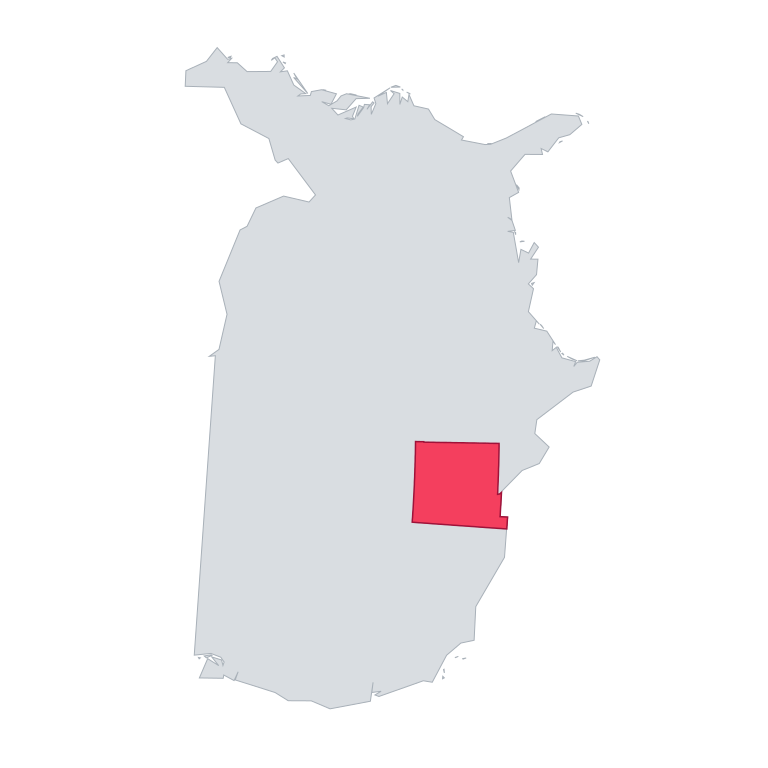 United States of America, with New Mexico highlighted, rotated 273°
{"feature_id": "USA-3524", "entity_name": "New Mexico", "entity_type": "State", "adm_level": 1, "iso_a3": "USA", "parent_name": "United States of America", "parent_adm1": "", "projection": "orthographic", "projection_center": [-107.139, 34.164], "detail": "fine", "context": "in_parent", "style": "filled", "palette": "rose", "viewbox_px": 768, "rotation_deg": 273, "n_neighbors": 0, "source": "natural_earth", "source_scale": "10m", "svg_char_len": 6833}
<svg xmlns="http://www.w3.org/2000/svg" viewBox="0 0 768 768"><g transform="rotate(273 384 384)"><path d="M636.3,227.5L671.9,209.0L670.9,169.9L686.5,169.8L696.9,189.8L711.2,199.8L700.1,210.8L701.2,214.8L696.7,211.1L697.1,220.7L688.8,230.9L690.2,254.5L700.2,260.8L704.0,257.9L701.3,254.5L703.3,255.8L705.6,260.0L694.5,268.0L690.3,264.2L691.7,271.1L677.8,278.3L669.9,290.7L669.3,285.6L667.1,282.9L668.3,295.3L672.2,296.2L674.6,306.2L671.3,321.3L660.6,316.4L662.7,307.0L659.0,314.3L664.2,322.2L669.4,326.0L671.9,331.4L668.6,355.0L667.5,341.2L655.8,331.9L656.6,317.4L650.2,323.9L659.1,341.7L649.7,338.5L647.3,340.0L647.8,333.3L647.1,331.6L646.0,337.0L647.1,341.0L661.0,344.5L659.5,348.7L652.3,343.9L649.9,343.4L658.9,349.2L662.2,349.8L662.1,355.1L657.4,352.6L665.2,357.9L664.1,359.4L660.3,356.6L652.6,357.2L663.6,361.2L669.1,359.1L680.1,374.6L671.1,362.9L675.3,371.1L664.1,372.8L674.4,378.9L677.4,375.1L675.0,384.6L664.0,385.2L671.5,387.2L667.2,393.0L674.4,393.8L663.4,399.3L660.9,414.0L650.7,420.9L635.1,450.4L631.7,448.6L628.4,472.3L628.9,477.8L636.0,493.2L662.4,537.0L661.8,564.1L653.6,568.0L642.7,556.5L639.0,545.6L624.4,535.5L627.4,528.6L621.5,530.3L620.7,512.8L603.3,499.3L582.4,508.4L576.7,499.4L554.9,503.1L557.0,498.8L553.9,503.3L544.3,507.1L542.9,499.5L542.2,505.2L512.2,512.1L525.6,513.7L522.3,521.5L533.1,526.6L528.7,531.1L516.4,523.9L516.7,531.2L501.2,530.6L491.5,522.9L487.0,528.3L463.8,524.4L451.9,536.0L455.0,532.8L447.6,531.2L445.3,543.8L432.3,553.2L435.3,550.5L426.1,550.2L429.6,554.1L419.4,560.3L416.4,574.2L411.4,572.6L415.8,575.8L417.5,588.2L422.4,595.3L419.4,598.2L392.8,591.0L385.8,573.2L356.4,538.5L342.4,537.2L329.7,552.2L312.7,543.2L304.9,526.5L282.8,507.0L257.7,506.8L257.6,514.3L217.2,513.4L166.5,487.3L132.8,487.4L129.3,474.3L116.4,460.7L88.7,447.8L89.7,438.8L71.7,395.3L73.0,391.2L77.0,397.2L75.3,388.0L85.5,388.7L66.5,387.0L56.8,347.1L63.8,327.9L62.7,304.9L70.2,291.4L80.7,250.9L89.0,253.4L80.0,249.8L85.0,239.2L81.7,238.8L80.8,215.0L100.5,222.3L94.1,233.7L102.5,226.2L99.9,236.2L94.5,237.9L98.0,238.9L102.6,235.3L105.9,225.3L103.3,208.7L403.4,214.1L402.5,208.1L409.9,217.4L445.4,223.6L477.9,213.9L530.3,232.2L534.3,239.0L553.1,246.9L566.4,273.9L561.8,299.6L569.2,305.7L604.1,276.6L599.1,266.5L601.9,263.6L623.1,256.2L636.3,227.5ZM684.0,281.2L689.8,277.6L670.1,292.7L685.4,277.7L684.0,281.2ZM103.0,218.7L104.5,225.5L104.1,226.4L101.2,221.0L103.0,218.7ZM421.8,593.2L417.6,582.6L417.3,576.4L418.3,582.8L421.8,593.2ZM701.9,210.9L703.3,214.1L702.0,213.8L701.9,210.9ZM492.2,526.1L493.1,528.6L490.4,526.9L492.2,526.1ZM98.6,459.4L102.0,458.4L102.3,458.9L98.6,459.4ZM95.2,458.0L93.7,459.6L92.7,457.9L95.2,458.0ZM700.3,266.2L699.5,268.9L698.8,268.6L700.3,266.2ZM418.8,570.5L417.3,575.6L421.2,565.5L418.8,570.5ZM654.4,522.4L659.4,531.1L653.6,521.7L654.4,522.4ZM114.7,469.6L115.9,472.5L114.5,469.8L114.7,469.6ZM663.5,565.1L661.4,568.9L664.5,561.3L663.5,565.1ZM682.8,380.2L681.4,384.8L680.7,375.3L682.8,380.2ZM101.2,213.0L100.9,214.9L99.9,213.8L101.2,213.0ZM429.9,556.0L425.1,558.8L430.0,555.3L429.9,556.0ZM706.5,264.7L707.4,267.0L705.3,267.2L706.5,264.7ZM113.9,477.0L114.7,480.4L113.4,477.3L113.9,477.0ZM424.1,560.8L422.2,562.2L423.8,560.1L424.1,560.8ZM672.1,335.6L671.1,341.4L671.9,333.6L672.1,335.6ZM450.7,538.3L447.7,540.6L451.9,536.7L450.7,538.3ZM629.5,474.7L629.8,478.8L628.9,476.1L629.5,474.7ZM675.6,394.1L674.9,395.2L676.7,391.3L675.6,394.1ZM590.0,505.8L586.8,508.7L585.2,508.6L590.0,505.8ZM542.8,506.6L542.2,507.5L540.0,507.7L542.8,506.6ZM635.1,547.0L636.1,549.6L634.3,546.6L635.1,547.0ZM534.0,514.1L533.9,516.8L533.0,512.2L534.0,514.1ZM656.5,574.1L654.6,574.9L657.2,573.4L656.5,574.1ZM674.7,308.1L674.3,310.9L674.6,306.9L674.7,308.1ZM679.6,386.2L678.7,387.5L678.4,387.5L679.6,386.2Z" fill="#d9dde1" stroke="#a8b0b8" stroke-width="1"/><path d="M258.7,506.9L258.4,506.9L258.0,506.8L257.6,506.8L257.6,507.0L257.6,507.3L257.6,507.5L257.6,507.8L257.6,508.0L257.6,508.3L257.6,508.5L257.6,508.8L257.6,509.0L257.6,509.3L257.6,509.5L257.6,509.8L257.6,510.0L257.6,510.3L257.6,510.5L257.6,510.8L257.6,511.0L257.6,511.3L257.6,511.5L257.6,511.8L257.6,512.0L257.6,512.3L257.6,512.5L257.6,512.8L257.6,513.0L257.6,513.3L257.6,513.5L257.6,513.8L257.6,514.0L257.6,514.4L256.9,514.4L256.3,514.4L255.7,514.3L255.1,514.3L254.5,514.3L253.9,514.3L253.3,514.3L252.7,514.3L252.1,514.3L251.5,514.3L250.8,514.3L250.2,514.3L249.6,514.3L249.0,514.3L248.4,514.2L247.8,514.2L247.2,514.2L246.8,514.2L246.6,514.2L246.0,514.2L245.7,514.2L245.7,511.1L245.8,508.2L245.8,505.2L245.9,502.3L245.9,499.3L246.0,496.4L246.0,493.4L246.1,490.4L246.1,487.5L246.2,484.5L246.3,481.5L246.3,478.6L246.4,475.6L246.4,472.7L246.5,469.7L246.5,466.7L246.6,463.8L246.6,460.8L246.7,457.9L246.8,454.9L246.8,451.9L246.9,449.0L246.9,446.0L247.0,443.1L247.0,440.1L247.1,437.1L247.2,434.2L247.2,431.2L247.3,428.3L247.3,425.3L247.4,422.3L247.5,419.4L250.0,419.4L252.5,419.5L255.0,419.5L257.5,419.5L260.1,419.6L262.6,419.6L265.1,419.6L267.6,419.6L270.2,419.6L272.7,419.6L275.2,419.6L277.7,419.6L280.3,419.6L282.8,419.6L285.3,419.6L287.8,419.5L290.3,419.5L292.9,419.5L295.4,419.4L297.9,419.4L300.4,419.3L303.0,419.3L305.5,419.2L308.0,419.2L310.5,419.1L313.0,419.0L315.6,419.0L318.1,418.9L320.6,418.8L323.1,418.7L325.6,418.6L328.2,418.5L328.2,420.6L328.3,422.7L328.4,424.8L328.5,426.8L328.0,426.9L328.0,427.2L328.0,427.7L328.1,430.0L328.2,432.3L328.3,434.7L328.4,437.0L328.4,439.3L328.5,441.6L328.6,443.9L328.7,446.3L328.8,448.6L328.9,450.9L329.0,453.2L329.0,455.6L329.1,457.9L329.2,460.2L329.3,462.5L329.4,464.9L329.5,467.2L329.5,469.5L329.6,471.8L329.7,474.2L329.8,476.5L329.9,478.8L329.9,481.1L330.0,483.4L330.1,485.8L330.2,488.1L330.3,490.4L330.3,492.7L330.4,495.1L330.5,497.4L330.6,499.7L330.7,502.0L327.5,502.2L324.4,502.3L321.2,502.4L318.1,502.5L314.9,502.6L311.8,502.7L308.6,502.8L305.5,502.8L302.3,502.9L299.2,503.0L296.0,503.0L292.9,503.1L289.7,503.1L286.6,503.1L283.4,503.2L280.3,503.2L279.9,503.2L279.7,503.2L279.7,503.5L280.0,504.1L280.1,504.4L280.1,504.8L280.2,505.1L280.6,505.6L280.6,505.9L280.7,506.1L280.9,506.2L281.1,506.2L281.3,506.3L281.9,507.0L281.2,507.0L280.8,507.0L280.4,507.0L280.1,507.0L279.7,507.0L279.3,507.0L279.0,507.0L278.6,507.0L278.2,507.0L277.9,507.0L277.5,507.0L277.1,507.0L276.8,507.0L276.4,507.0L276.0,507.0L275.7,507.0L275.3,507.0L274.9,507.0L274.5,507.0L274.2,507.0L273.8,507.0L273.4,507.0L273.1,507.0L272.7,507.0L272.3,507.0L272.0,507.0L271.6,507.0L271.2,507.0L270.9,507.0L270.5,507.0L270.1,507.0L269.8,507.0L269.4,507.0L269.0,507.0L268.7,506.9L268.3,506.9L267.9,506.9L267.6,506.9L267.2,506.9L266.8,506.9L266.5,506.9L266.1,506.9L265.7,506.9L265.4,506.9L265.0,506.9L264.6,506.9L264.2,506.9L263.9,506.9L263.5,506.9L263.1,506.9L262.8,506.9L262.4,506.9L262.0,506.9L261.7,506.9L261.3,506.9L260.9,506.9L260.6,506.9L260.2,506.9L259.8,506.9L259.5,506.9L259.1,506.9L258.7,506.9Z" fill="#f43f5e" stroke="#9f1239" stroke-width="1.5"/></g></svg>